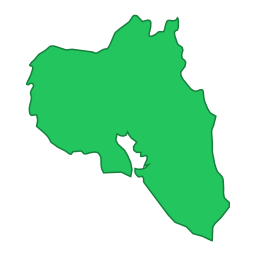 the border of Cienfuegos
{"feature_id": "CUB-1319", "entity_name": "Cienfuegos", "entity_type": "Province", "adm_level": 1, "iso_a3": "CUB", "parent_name": "Cuba", "parent_adm1": "", "projection": "equal_earth", "projection_center": [-80.492, 22.206], "detail": "fine", "context": "isolated", "style": "filled", "palette": "green", "viewbox_px": 256, "rotation_deg": 0, "n_neighbors": 0, "source": "natural_earth", "source_scale": "10m", "svg_char_len": 3091}
<svg xmlns="http://www.w3.org/2000/svg" viewBox="0 0 256 256"><path d="M212.2,240.6L211.4,240.5L202.3,236.2L193.0,233.6L186.5,226.8L175.0,222.2L168.2,214.9L144.1,182.7L143.6,181.4L143.6,179.8L143.5,178.2L142.6,176.6L141.6,176.4L138.9,176.9L138.0,176.6L135.7,173.9L135.0,172.1L135.0,168.5L138.2,169.3L142.0,169.1L145.8,167.6L148.7,164.5L145.3,165.6L144.1,166.3L145.0,163.8L146.2,161.2L147.1,158.8L147.1,156.4L145.3,155.5L142.7,156.4L140.7,156.3L140.9,152.4L136.6,152.4L133.8,150.2L133.5,146.6L136.7,142.1L131.4,138.1L129.3,135.5L127.6,132.0L126.1,135.0L123.4,136.1L120.2,135.6L117.0,133.9L115.8,140.2L117.9,144.2L124.5,150.2L127.7,155.7L130.6,162.5L132.0,169.6L130.7,176.6L121.2,172.1L103.6,172.8L103.6,172.7L102.0,169.5L101.5,167.7L101.1,164.3L101.0,159.2L100.8,157.6L100.4,156.3L99.7,155.1L98.2,152.9L96.7,152.3L94.3,152.0L89.7,152.8L86.6,153.8L84.5,153.9L83.5,153.4L82.1,151.7L81.0,151.0L78.9,151.1L77.3,151.4L73.8,151.6L72.9,151.9L72.3,152.6L71.7,153.5L71.1,154.2L70.3,154.2L68.7,153.4L65.6,151.1L57.9,147.2L51.0,142.2L48.6,137.7L45.9,134.4L36.6,126.3L37.6,120.8L37.4,118.3L37.0,117.2L36.9,115.9L36.7,115.2L36.2,114.9L35.4,114.8L31.8,115.4L30.9,115.1L30.3,114.4L29.9,113.5L29.5,111.9L29.3,109.3L29.5,107.1L30.0,104.5L31.1,100.4L31.4,98.0L31.4,96.5L30.8,94.6L30.5,93.4L30.8,91.8L31.4,90.1L33.2,86.9L33.5,85.3L33.2,84.1L32.4,83.6L31.7,83.3L31.1,83.2L30.4,83.5L29.4,84.1L28.3,84.6L27.4,84.7L26.9,84.5L26.7,83.9L27.2,82.4L30.6,75.4L31.3,73.4L32.8,68.6L32.9,67.3L32.5,66.7L31.7,66.1L30.5,65.9L29.9,65.5L29.8,64.9L31.5,62.4L34.1,60.1L35.3,58.7L36.0,57.8L38.6,54.7L39.9,53.7L44.6,50.9L47.2,48.9L48.1,48.0L50.0,46.4L51.7,46.0L54.2,46.1L65.3,49.7L66.9,49.9L72.1,49.3L92.4,52.0L94.5,52.9L95.6,53.1L97.0,53.0L101.9,50.2L103.4,49.5L104.7,49.1L106.6,48.9L107.5,48.6L108.4,47.4L109.9,44.9L114.7,33.6L115.5,32.4L119.9,28.7L129.0,22.0L131.7,18.2L132.3,17.0L133.1,16.1L134.2,15.4L136.1,15.6L137.2,16.0L142.4,21.5L147.9,20.1L149.8,20.6L150.8,22.2L150.7,26.5L150.2,29.2L149.2,33.2L149.0,34.5L149.1,35.3L149.5,35.9L150.4,36.3L151.6,36.3L154.1,35.2L155.6,34.4L158.0,32.3L159.0,31.8L160.2,31.7L161.9,31.8L163.1,31.7L163.8,31.2L164.3,30.4L165.9,23.9L166.7,21.9L167.5,20.8L168.2,20.4L169.5,20.4L172.6,20.8L174.0,20.7L175.3,20.4L176.0,19.9L177.0,18.5L177.6,17.9L178.0,18.8L178.4,20.7L178.4,25.9L178.0,28.4L177.5,29.9L176.9,30.3L176.0,30.6L175.3,31.0L174.6,31.7L174.5,33.2L174.8,35.8L177.2,43.0L178.0,44.5L182.2,47.4L182.9,50.4L182.0,53.0L181.7,55.1L181.8,56.8L182.7,58.9L184.3,60.0L185.1,61.1L185.7,62.4L185.0,66.3L180.8,72.0L180.9,75.1L181.7,77.0L183.0,79.4L191.0,89.1L193.8,90.9L195.3,91.2L196.9,91.1L200.2,89.8L201.3,89.7L202.3,89.9L202.8,90.5L203.2,91.5L203.9,98.1L204.5,100.8L205.7,104.2L207.6,108.6L210.3,113.0L215.9,116.2L213.5,125.7L212.7,127.4L211.8,129.9L211.6,132.6L212.4,144.0L212.3,149.8L212.4,152.3L214.7,164.0L215.9,168.0L217.4,171.7L221.5,176.0L222.7,178.0L223.2,180.4L223.6,188.3L223.5,192.7L223.8,195.5L224.5,198.1L229.0,202.3L229.3,203.0L229.2,207.0L221.3,217.3L215.3,223.3L213.7,225.4L213.0,226.8L212.7,228.3L212.2,240.6L212.2,240.6Z" fill="#22c55e" stroke="#15803d" stroke-width="1.5"/></svg>